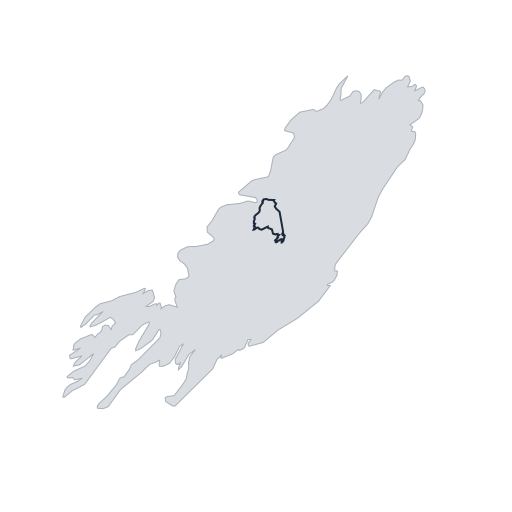 Eyjafjarðarsveit, Norðurland eystra, Iceland (highlighted), rotated 317°
{"feature_id": "244011B64056494481770", "entity_name": "Eyjafjarðarsveit", "entity_type": "district", "adm_level": 2, "iso_a3": "ISL", "parent_name": "Iceland", "parent_adm1": "Norðurland eystra", "projection": "equal_earth", "projection_center": [-18.286, 65.228], "detail": "medium", "context": "in_parent", "style": "outline", "palette": "slate", "viewbox_px": 512, "rotation_deg": 317, "n_neighbors": 0, "source": "geoboundaries", "source_scale": "gbopen_adm2", "svg_char_len": 5459}
<svg xmlns="http://www.w3.org/2000/svg" viewBox="0 0 512 512"><g transform="rotate(317 256 256)"><path d="M405.5,194.1L410.5,194.2L418.5,192.6L430.0,187.9L434.9,186.9L446.1,186.9L432.6,191.5L427.7,196.4L424.0,198.9L424.1,200.0L433.8,203.0L438.4,202.0L440.4,202.4L442.3,203.9L443.7,206.7L442.9,209.7L440.2,212.7L436.6,215.2L437.1,216.0L440.2,216.4L455.9,214.9L457.9,218.6L459.3,219.8L458.9,221.0L452.8,225.0L460.1,222.5L466.0,221.8L476.0,223.1L480.2,224.5L482.7,227.0L487.7,226.2L490.0,227.7L490.2,229.2L488.1,233.4L482.2,235.6L485.9,238.6L489.0,238.7L489.5,239.4L489.3,241.2L484.8,243.4L492.4,245.8L493.5,246.7L493.1,249.4L491.9,251.0L489.6,251.9L484.2,252.0L480.8,253.1L482.1,254.7L481.2,259.4L477.0,263.2L473.0,265.3L469.1,266.6L458.1,265.1L458.7,268.4L454.8,270.5L455.6,272.2L457.0,273.1L456.4,275.3L451.5,279.8L448.0,281.3L441.0,283.1L430.9,287.2L420.6,287.2L395.4,293.1L385.4,296.4L367.6,306.1L360.0,308.6L347.1,309.8L308.1,316.2L303.8,320.1L303.5,320.9L305.3,322.4L302.3,325.2L296.4,327.2L293.7,327.1L288.8,325.5L288.2,326.3L290.1,328.3L271.0,331.7L244.5,329.9L221.1,325.1L202.5,324.2L189.6,317.5L189.3,316.5L190.7,314.5L195.4,313.6L193.2,311.6L185.2,315.1L182.7,315.0L179.3,313.6L179.2,312.2L172.7,311.7L161.4,307.5L160.6,306.5L163.3,305.2L162.8,304.9L156.6,305.1L147.6,309.0L94.3,310.5L92.6,308.5L90.7,300.9L92.7,297.8L94.9,298.0L100.9,302.3L115.2,299.9L121.1,298.3L126.5,294.3L129.6,292.9L134.1,287.8L138.6,284.6L147.7,283.1L139.6,282.2L126.1,286.3L121.6,286.3L123.8,284.5L128.4,282.5L125.3,282.3L124.1,281.4L124.0,279.5L126.5,276.4L142.5,270.9L138.8,269.9L127.7,274.1L119.7,275.5L113.3,273.6L110.3,271.0L110.5,269.9L114.4,266.6L113.8,266.0L111.2,265.7L104.4,262.7L93.3,263.0L65.9,261.3L45.1,265.4L40.2,263.5L36.3,259.3L37.2,257.7L40.9,256.8L51.0,256.9L66.0,255.0L72.8,252.6L75.4,253.2L76.7,254.4L85.9,252.6L90.8,250.5L99.0,251.5L129.9,250.3L134.0,247.6L135.7,244.3L135.1,243.6L123.6,246.6L121.0,246.6L108.0,245.0L103.3,243.2L104.9,241.7L112.0,238.6L129.9,233.4L132.4,232.4L132.7,231.1L125.7,228.9L112.4,229.5L109.1,226.9L98.2,225.4L90.8,226.3L87.0,224.8L43.2,233.0L29.4,229.2L19.4,228.6L18.5,227.4L24.6,223.8L28.6,223.1L32.6,223.4L40.2,226.0L45.5,226.8L39.0,223.0L38.9,219.5L36.9,218.6L35.0,216.2L35.8,215.4L43.8,215.9L56.3,220.0L62.5,219.3L70.7,216.7L52.7,215.2L47.3,212.0L51.3,210.3L60.7,210.5L50.5,205.0L50.1,204.0L52.0,201.5L64.9,203.7L58.2,200.4L58.1,199.7L60.1,199.1L61.2,197.1L64.5,196.3L71.1,197.0L81.1,200.8L82.6,201.8L82.8,205.7L86.8,205.1L91.6,205.6L95.7,203.0L98.4,203.6L100.5,205.9L100.0,211.1L102.8,209.3L107.6,209.2L108.5,204.9L107.7,201.5L92.3,197.6L86.4,194.8L87.1,193.8L90.2,193.0L106.4,192.3L99.5,190.6L97.9,189.0L85.6,189.6L79.3,188.9L79.3,188.0L81.8,186.8L89.4,184.2L103.6,183.9L109.3,184.6L120.0,190.4L128.7,192.7L143.2,200.6L152.5,203.6L152.9,204.4L151.3,205.3L147.7,206.4L153.2,207.7L156.6,209.8L156.8,210.7L153.5,217.1L149.9,219.1L141.2,217.9L143.2,220.0L149.4,222.1L150.8,223.4L149.8,224.5L152.8,224.2L153.7,224.9L152.2,228.5L150.6,229.8L155.8,230.6L159.3,232.4L163.5,239.8L166.0,234.1L167.3,232.0L169.5,231.3L172.1,225.5L178.1,222.1L183.6,220.8L189.1,224.8L193.2,225.2L197.6,218.1L198.2,213.0L197.1,207.3L197.9,203.3L200.7,200.8L204.4,200.1L212.2,202.5L218.6,208.1L228.4,214.3L235.2,215.8L236.4,215.6L237.6,213.6L236.7,205.5L240.0,201.3L248.1,200.2L260.3,196.3L263.2,196.2L269.2,198.4L280.0,206.5L287.7,210.3L291.7,216.3L293.6,217.4L295.2,215.5L295.4,212.9L286.0,200.4L285.9,198.8L286.8,197.4L303.7,198.1L307.4,199.4L319.1,206.5L324.8,203.6L336.2,195.3L340.1,195.5L349.8,198.9L353.6,198.6L365.0,195.6L367.3,191.7L362.4,183.9L364.4,182.3L374.8,180.3L386.2,180.7L398.0,188.0L398.6,191.4L405.5,194.1Z" fill="#d9dde1" stroke="#a8b0b8" stroke-width="1"/><path d="M280.0,259.7L281.3,260.1L282.2,259.9L282.4,260.0L282.9,260.1L283.1,260.3L284.5,260.4L285.8,260.8L285.8,261.2L286.1,261.6L286.0,262.0L284.7,262.6L284.7,263.0L284.4,263.3L284.6,263.5L284.1,263.7L284.2,263.8L284.8,263.6L285.4,263.7L286.6,263.5L287.8,262.6L287.8,262.1L288.5,262.2L289.5,261.8L289.7,261.3L290.0,261.2L290.2,260.8L290.5,260.7L290.4,260.6L290.4,260.3L290.5,260.2L290.4,260.0L290.6,259.9L290.4,259.7L290.5,259.7L290.5,259.4L290.7,259.2L290.3,259.0L290.5,258.9L290.4,258.7L290.6,258.5L290.1,258.3L290.2,257.7L290.9,257.4L291.3,257.4L291.9,257.1L292.1,256.8L292.4,256.7L303.4,239.7L303.0,235.2L303.5,232.5L306.5,231.4L306.2,229.5L306.5,229.0L306.6,227.6L307.4,227.4L303.7,223.7L303.0,222.7L302.7,221.6L300.3,219.8L298.6,220.1L297.3,220.5L297.6,220.5L298.0,220.8L297.5,221.0L297.5,221.4L297.2,221.8L295.9,221.9L293.3,222.5L291.4,223.3L290.6,224.2L290.1,225.1L288.5,225.9L287.1,226.1L283.7,225.8L282.0,226.0L281.4,226.4L281.4,226.6L280.9,226.7L280.8,227.4L280.4,227.8L280.4,228.0L280.2,228.2L278.0,229.2L277.7,229.7L276.7,230.6L276.7,230.9L277.4,231.7L277.4,231.9L275.6,232.2L274.8,232.5L274.7,232.7L274.7,232.9L275.2,233.4L275.3,233.7L274.4,234.2L272.2,235.1L272.8,235.5L275.7,235.9L276.6,236.2L276.9,236.8L277.0,237.7L276.8,238.4L277.9,240.2L278.0,240.6L283.6,242.2L284.6,242.6L284.0,243.1L284.1,243.3L284.1,244.2L284.5,244.7L285.8,247.4L283.7,251.2L283.9,251.9L284.1,252.0L284.4,252.3L284.4,252.8L284.7,253.3L286.1,254.0L286.2,254.4L286.2,254.5L286.8,254.7L286.6,255.0L286.4,255.3L286.6,255.5L287.2,256.3L286.5,256.3L286.1,256.5L285.1,256.4L284.5,256.8L284.5,257.0L284.6,257.4L283.5,257.7L282.5,257.5L280.7,257.6L280.7,258.0L280.5,258.3L280.9,258.5L280.3,258.8L280.3,259.2L279.9,259.4L280.0,259.7Z" fill="none" stroke="#1e293b" stroke-width="2"/></g></svg>